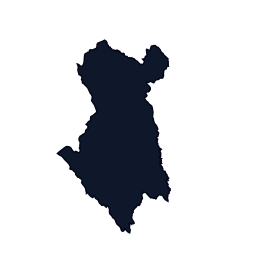 the district of Chanae, Narathiwat, Thailand, rotated 325°
{"feature_id": "78962969B14228474631985", "entity_name": "Chanae", "entity_type": "district", "adm_level": 2, "iso_a3": "THA", "parent_name": "Thailand", "parent_adm1": "Narathiwat", "projection": "equal_earth", "projection_center": [101.649, 6.04], "detail": "fine", "context": "isolated", "style": "filled", "palette": "ink", "viewbox_px": 256, "rotation_deg": 325, "n_neighbors": 0, "source": "geoboundaries", "source_scale": "gbopen_adm2", "svg_char_len": 5861}
<svg xmlns="http://www.w3.org/2000/svg" viewBox="0 0 256 256"><g transform="rotate(325 128 128)"><path d="M69.2,214.8L70.1,214.1L70.6,213.1L71.0,213.1L71.5,212.3L71.7,210.6L73.2,209.2L73.7,208.4L73.8,207.2L74.0,206.9L74.7,206.8L75.8,209.0L76.2,208.6L76.8,208.5L77.6,209.5L78.3,209.6L78.9,208.0L78.8,205.7L79.4,203.6L80.2,202.9L80.7,201.9L81.3,201.8L82.4,200.3L83.8,200.1L84.4,199.0L84.9,198.7L85.2,197.9L86.3,198.0L88.1,197.5L89.5,197.4L91.4,196.6L92.6,197.7L93.5,197.7L94.9,196.6L96.2,196.3L96.5,195.6L97.8,194.6L99.3,194.1L99.7,193.4L100.5,191.2L103.0,188.9L103.3,189.0L103.4,189.9L104.4,189.9L105.5,191.1L105.8,191.6L105.8,193.4L106.5,198.1L107.9,199.0L108.6,200.3L109.8,200.7L110.0,201.9L110.6,202.0L110.9,201.8L111.6,201.0L112.7,201.1L114.0,200.7L114.7,200.1L116.1,201.5L117.4,202.4L117.7,202.8L117.4,203.1L117.7,204.6L117.3,205.5L117.5,208.1L118.7,210.9L119.3,210.1L119.9,208.3L122.9,205.0L124.3,205.0L125.1,203.6L125.9,203.3L126.7,203.4L127.2,202.4L127.6,202.1L127.4,201.8L127.3,200.5L126.8,199.0L127.3,198.9L127.3,198.5L127.9,197.1L128.4,197.1L128.4,195.9L128.7,195.7L128.5,194.6L128.7,193.7L129.2,193.1L129.7,192.8L129.7,193.7L130.8,194.0L130.8,192.7L131.0,192.3L131.5,192.2L131.4,192.6L131.5,192.7L132.0,192.1L132.5,192.2L132.3,191.2L132.6,190.4L132.3,189.2L133.0,188.9L133.0,187.9L132.4,187.7L132.3,187.4L132.7,187.2L133.1,186.3L132.8,186.0L133.5,184.9L132.5,183.8L131.9,182.4L132.6,182.2L132.8,180.8L133.2,180.9L133.4,179.7L133.2,179.1L133.6,179.1L133.4,178.2L133.6,177.3L132.8,177.3L132.9,176.4L134.2,176.1L134.2,175.5L135.2,176.1L135.2,175.5L135.7,175.1L135.9,174.6L135.8,174.4L135.5,174.5L135.0,173.6L135.9,173.6L136.2,174.0L136.6,173.8L137.0,172.9L137.0,172.0L137.6,172.1L137.3,171.7L137.4,171.1L136.9,171.0L137.0,170.0L137.2,169.9L137.4,170.2L137.6,169.9L137.8,170.1L138.4,170.0L138.6,169.0L139.0,168.6L139.2,169.0L139.3,169.0L139.7,168.0L140.1,167.8L140.0,167.1L140.6,166.7L140.2,165.8L140.9,165.1L141.0,164.2L141.2,164.3L141.6,165.0L142.5,164.4L143.0,164.4L142.7,163.4L142.3,163.0L142.2,161.8L142.6,160.5L142.4,159.9L142.5,158.8L143.2,158.3L143.5,157.5L143.3,155.7L144.2,155.7L144.3,154.9L145.0,154.9L145.1,154.7L144.9,154.3L144.9,153.7L145.8,153.9L145.4,152.6L145.7,151.7L147.1,152.0L147.8,151.8L150.1,149.8L150.2,148.9L149.8,147.2L150.4,146.5L151.7,146.1L152.1,144.9L152.6,142.6L152.3,139.3L153.1,136.6L154.0,134.9L154.3,133.0L157.5,129.4L159.7,124.7L159.9,123.6L159.5,121.7L159.0,120.9L159.0,118.7L158.8,117.6L158.4,116.8L158.4,112.9L159.2,112.5L160.6,112.8L162.0,112.4L162.3,111.5L162.2,110.5L162.5,109.6L163.2,109.3L164.9,109.4L165.5,110.0L166.3,110.1L167.1,109.6L167.9,109.5L168.5,109.0L169.1,108.1L169.3,107.2L169.3,106.0L168.7,103.0L168.8,102.0L169.3,101.4L170.1,101.5L170.5,102.2L171.3,102.5L172.7,102.4L173.4,102.8L174.6,105.1L175.1,105.7L177.6,104.7L178.6,104.7L179.4,104.9L180.9,105.7L183.2,105.5L184.7,106.8L185.4,106.8L187.2,105.4L188.2,103.7L190.5,101.2L192.7,101.1L193.3,101.3L195.5,99.5L196.5,100.5L197.3,99.0L198.9,96.9L199.3,95.6L200.4,94.3L199.2,88.7L199.4,87.1L198.8,85.4L198.8,83.9L199.2,82.3L198.9,80.4L199.0,79.4L198.2,78.5L197.6,76.2L196.8,75.5L194.1,74.4L190.6,77.0L189.9,76.8L189.1,75.1L188.5,74.3L187.8,74.7L185.1,79.9L183.5,79.3L181.8,80.6L180.9,80.6L179.5,80.0L179.8,82.9L177.7,84.3L176.9,84.4L176.2,84.1L174.8,83.2L174.4,82.5L173.7,78.4L173.1,78.1L173.2,77.2L172.7,75.6L172.6,74.7L172.0,74.4L171.9,73.5L171.3,73.1L171.0,72.4L170.3,72.5L169.9,71.6L169.3,71.1L168.7,71.1L168.2,70.6L168.2,68.8L167.0,67.9L166.7,66.9L166.8,65.7L167.3,65.3L167.3,64.7L166.9,64.2L166.3,64.7L166.0,63.7L165.4,63.2L165.3,62.6L164.8,62.5L164.7,62.1L165.2,60.5L164.5,59.3L163.7,59.1L163.9,58.1L162.9,57.7L162.1,58.3L161.9,58.0L161.9,57.1L161.0,56.8L161.1,55.9L160.3,56.0L159.9,55.3L159.8,54.7L160.0,54.2L159.5,52.7L159.7,51.6L159.4,51.3L159.0,51.4L158.8,51.1L159.0,50.3L158.7,49.8L159.1,49.1L159.0,46.8L159.7,46.2L159.2,45.5L159.7,45.2L159.9,44.3L159.2,43.2L159.2,42.7L156.3,42.3L152.1,41.2L150.6,41.8L149.4,43.5L147.8,44.6L145.4,44.1L143.2,43.4L142.5,43.0L141.9,42.2L140.9,42.4L139.9,43.7L139.5,43.7L138.5,42.9L137.6,43.1L135.6,42.7L134.3,43.4L129.8,48.9L127.7,50.6L126.0,51.1L125.0,50.8L124.3,49.3L124.0,47.7L123.2,46.6L122.5,49.1L121.9,50.1L120.3,51.6L118.6,55.9L119.2,57.6L119.6,58.3L119.7,59.9L117.7,61.7L117.7,63.0L116.6,64.9L116.6,65.3L117.4,65.8L117.3,67.3L117.8,69.8L118.1,72.1L117.1,77.7L117.2,79.7L116.8,81.7L115.9,82.9L113.9,84.7L113.8,89.9L112.5,95.1L111.8,96.8L110.5,97.3L106.3,97.7L104.0,97.4L102.0,99.9L101.2,100.2L100.8,100.7L99.9,100.2L99.3,100.1L97.1,100.9L95.8,101.0L95.8,101.6L96.4,102.3L96.3,103.6L96.0,104.3L95.5,104.4L95.1,105.4L94.6,105.8L93.6,105.3L93.1,105.6L91.9,105.8L90.2,107.7L89.1,107.5L88.2,107.8L87.3,107.3L85.7,107.6L84.4,107.3L83.0,107.8L81.6,108.9L81.1,109.6L80.7,112.1L79.8,113.4L78.6,114.6L78.1,115.6L76.7,116.6L76.6,117.7L76.2,118.7L75.6,119.6L74.3,120.2L73.2,119.9L73.0,119.3L71.8,117.2L70.7,117.6L70.2,116.9L69.5,115.1L69.7,111.3L69.1,109.9L67.7,108.4L66.7,107.9L65.2,107.8L58.3,108.1L55.6,108.4L56.3,110.6L57.8,113.4L57.8,113.8L58.1,117.7L58.8,121.4L59.0,123.7L58.7,126.7L57.3,127.8L57.1,128.3L57.2,128.8L57.8,129.1L58.3,130.2L58.8,130.8L58.8,132.1L59.4,134.0L59.3,134.6L58.5,136.4L58.7,138.5L58.6,139.2L59.5,140.3L60.7,143.8L60.1,145.1L59.0,145.8L58.6,146.9L58.8,152.2L58.2,154.4L57.5,155.4L57.0,157.0L56.6,157.6L57.4,157.4L57.7,157.6L58.2,162.4L59.2,164.7L59.8,164.6L61.1,163.4L61.4,163.6L61.4,165.5L61.1,167.0L62.1,169.4L62.0,171.3L61.6,173.0L62.3,176.3L63.0,176.9L64.3,177.3L64.5,177.8L64.4,179.3L64.8,180.4L65.7,180.2L66.4,179.3L66.7,179.4L66.8,179.7L67.0,181.2L66.4,183.4L65.7,185.1L65.0,185.4L64.7,186.5L63.9,187.4L64.2,189.9L64.5,190.5L64.2,191.4L64.2,192.7L65.0,195.4L64.2,198.2L63.9,200.6L64.7,203.7L64.8,205.3L63.9,208.2L63.9,208.6L64.4,209.5L65.4,209.8L66.6,209.3L67.3,208.5L67.7,208.5L68.1,211.9L68.4,213.2L69.2,214.8Z" fill="#0f172a" stroke="#020617" stroke-width="1.5"/></g></svg>